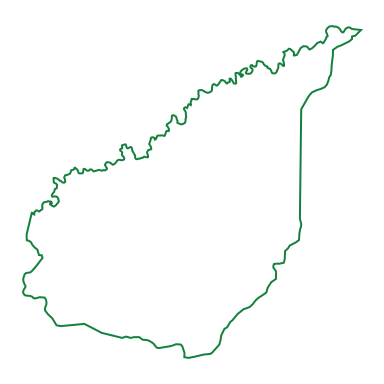 Markounda, Ouham, Central African Republic
{"feature_id": "33826404B52601033142025", "entity_name": "Markounda", "entity_type": "district", "adm_level": 2, "iso_a3": "CAF", "parent_name": "Central African Republic", "parent_adm1": "Ouham", "projection": "natural_earth1", "projection_center": [17.237, 7.587], "detail": "fine", "context": "isolated", "style": "outline", "palette": "green", "viewbox_px": 384, "rotation_deg": 0, "n_neighbors": 0, "source": "geoboundaries", "source_scale": "gbopen_adm2", "svg_char_len": 5815}
<svg xmlns="http://www.w3.org/2000/svg" viewBox="0 0 384 384"><path d="M26.8,240.3L29.0,240.8L31.2,242.4L31.6,243.7L33.0,245.6L34.9,247.7L37.3,249.5L39.0,255.1L41.8,255.3L42.5,257.9L36.3,266.0L31.6,271.4L30.3,272.4L26.2,273.0L24.7,274.2L23.3,278.3L23.3,281.0L24.7,284.7L25.5,286.0L25.3,287.4L23.8,289.5L23.0,292.2L23.9,294.2L25.1,295.4L30.3,296.0L32.2,296.7L33.8,298.4L36.4,298.2L39.7,297.2L44.7,297.6L46.1,300.0L46.5,302.6L46.3,304.5L44.9,308.4L45.1,310.5L47.9,314.2L52.4,318.4L56.5,325.3L61.0,326.1L84.4,323.9L101.8,332.9L122.2,337.9L126.1,336.6L130.8,337.9L134.0,337.1L139.2,337.1L142.6,339.7L146.7,340.0L149.6,341.0L153.3,343.4L156.4,347.4L158.7,348.1L169.6,346.3L172.7,345.5L176.1,344.2L180.7,344.5L182.3,346.3L184.5,352.9L184.3,357.1L188.4,357.9L194.3,356.8L204.0,354.5L210.4,353.9L212.2,352.6L219.4,344.5L220.6,339.7L221.2,335.5L224.4,328.9L226.7,327.6L227.8,326.3L229.2,323.7L230.5,321.8L232.4,320.3L237.6,314.0L243.9,309.0L246.2,308.4L249.8,306.9L252.7,304.2L255.7,300.3L258.0,298.2L266.3,292.6L267.7,287.7L271.3,282.1L275.9,279.0L276.1,271.9L275.4,270.3L273.4,267.7L273.4,266.1L273.8,264.2L276.1,263.7L279.5,263.7L283.8,262.7L284.7,259.2L285.1,251.1L288.1,248.2L289.7,245.6L296.3,242.1L299.0,240.0L299.4,233.5L300.1,229.5L301.2,225.6L301.2,223.7L299.9,218.7L301.2,109.3L307.9,97.5L310.0,94.5L312.1,92.3L317.4,89.9L320.3,89.1L324.5,87.3L326.9,84.6L328.4,80.7L329.2,77.3L330.7,75.1L331.4,70.8L331.7,64.9L332.9,55.3L333.0,49.9L337.5,46.7L340.8,45.5L348.9,41.6L352.0,39.1L352.1,36.4L355.3,35.7L361.0,30.0L352.1,29.0L349.5,27.4L348.1,27.4L345.8,28.5L343.6,32.0L343.2,32.3L342.3,32.4L340.9,31.0L340.0,29.2L337.7,27.2L335.6,26.5L334.4,26.8L332.8,26.1L329.5,26.4L327.3,28.2L326.1,30.3L326.1,31.8L327.3,34.8L327.6,36.2L327.0,36.5L326.3,37.3L326.3,38.2L325.8,39.1L323.3,43.1L322.9,43.3L320.7,41.6L317.3,43.0L314.4,46.2L311.9,48.4L309.5,49.5L306.9,46.5L303.4,46.2L300.5,48.2L297.0,54.8L294.2,55.6L293.8,55.3L294.1,53.4L293.9,52.3L290.4,49.1L288.9,48.7L287.1,50.5L286.2,51.1L283.6,51.8L283.3,52.1L284.4,53.2L284.6,53.9L284.6,55.8L283.9,57.1L283.0,60.1L283.9,63.0L284.1,65.7L283.7,66.0L283.1,65.9L281.5,64.2L280.5,63.6L279.3,63.4L278.7,63.6L278.3,65.4L278.4,67.3L277.8,69.2L277.1,70.4L276.8,71.6L275.4,73.3L273.0,73.4L271.9,72.8L271.2,70.6L269.9,68.7L268.1,68.3L267.4,67.7L267.6,67.1L267.3,66.5L265.2,65.7L263.7,64.2L263.0,62.6L261.8,61.8L257.7,60.9L257.1,61.5L256.8,62.5L256.5,64.8L256.1,66.2L255.5,66.6L254.4,66.6L252.5,65.8L252.0,65.1L250.9,65.3L250.3,67.0L250.5,67.5L252.4,68.9L252.6,69.8L252.3,71.2L251.6,72.5L250.4,73.6L248.7,73.8L246.9,73.7L246.2,73.5L245.9,72.8L246.0,72.2L247.2,70.0L247.3,69.3L247.0,68.6L246.3,68.2L244.1,68.7L241.9,70.1L240.7,71.5L240.3,72.2L240.3,73.6L240.5,74.0L242.9,74.7L243.1,75.1L242.2,76.4L241.2,76.8L240.7,75.7L238.6,73.5L237.6,72.9L236.0,73.0L235.5,73.3L235.5,75.1L235.9,76.5L235.8,78.1L236.2,82.7L236.0,83.4L235.5,83.7L233.8,83.4L232.5,80.9L230.8,78.8L230.2,78.5L229.6,78.7L229.8,81.8L227.7,82.7L227.0,83.5L226.0,82.8L225.1,81.5L223.5,80.4L221.4,80.0L220.9,80.3L220.4,81.6L219.7,82.2L218.8,83.9L217.2,85.5L216.6,85.6L214.4,84.2L213.5,84.2L212.6,84.9L212.2,86.3L211.8,90.7L211.4,91.3L209.2,92.5L207.8,92.8L205.1,92.0L204.1,91.1L201.6,90.0L199.0,90.3L198.3,91.1L198.5,92.5L198.4,94.3L198.8,95.5L198.4,97.9L197.7,99.0L196.7,99.5L193.6,99.0L191.6,99.0L191.6,100.0L190.7,102.1L190.6,103.0L191.0,104.5L190.8,105.1L189.6,104.3L188.5,104.3L187.1,108.0L185.8,107.3L185.1,107.4L184.4,107.9L183.9,108.7L184.1,109.4L185.4,111.4L185.9,112.7L185.8,114.1L186.2,117.5L185.6,118.4L185.5,121.3L184.8,123.0L182.0,124.4L180.7,124.2L177.4,122.8L177.5,120.7L176.8,119.5L176.4,117.6L175.8,116.4L173.6,115.2L172.5,115.4L171.9,115.8L171.8,118.4L171.3,120.8L170.6,121.8L166.9,124.4L166.7,125.0L166.7,125.6L168.1,127.3L168.8,128.8L169.0,130.4L168.7,131.1L167.1,130.9L166.5,131.2L166.0,132.0L165.1,134.8L164.5,135.9L162.3,135.4L157.9,135.6L157.1,136.0L156.3,138.5L155.8,139.2L154.9,139.6L154.5,137.9L152.5,137.2L151.2,137.6L150.8,138.2L150.8,139.3L149.2,144.0L150.8,146.5L151.3,148.9L150.7,149.5L148.5,149.9L147.7,151.0L147.1,152.3L147.2,153.2L148.1,155.9L148.0,157.1L147.7,157.3L146.3,157.2L144.2,156.6L142.5,157.9L141.4,157.9L139.7,158.7L138.7,158.6L137.6,159.1L136.2,159.1L135.2,158.1L135.0,155.1L134.4,154.6L133.1,151.9L132.4,151.0L131.9,148.0L131.6,147.5L130.5,147.0L129.7,147.3L128.8,148.0L127.8,148.3L127.0,148.0L126.5,147.3L126.1,145.2L125.3,144.3L122.1,145.3L121.9,145.6L122.3,148.1L122.0,148.6L120.6,148.8L120.1,149.6L120.3,150.7L121.8,151.8L122.2,152.6L121.9,154.8L122.1,155.3L123.5,156.6L124.3,158.5L124.1,159.4L123.6,159.8L121.2,160.3L119.8,159.8L118.8,159.8L117.3,160.5L115.3,163.3L113.4,164.6L112.6,164.7L110.1,162.6L107.2,162.1L106.5,162.4L105.1,164.4L105.0,165.1L106.9,168.3L106.9,169.0L105.1,170.4L103.5,170.1L102.4,170.7L101.5,170.7L100.6,170.2L98.7,170.0L93.7,171.4L91.3,169.4L90.0,169.5L88.7,170.7L87.7,170.8L87.0,170.6L85.3,169.2L84.2,168.8L83.6,169.0L83.0,172.6L82.6,173.1L81.7,173.4L79.3,173.4L78.8,173.2L77.4,169.7L75.0,167.7L74.4,168.1L74.0,169.2L73.1,169.8L71.2,170.3L70.3,173.2L69.8,173.8L67.0,175.0L66.1,174.9L65.0,175.5L64.2,177.5L65.1,180.1L65.2,181.7L64.6,182.5L63.4,182.7L62.3,182.3L60.8,180.8L59.7,180.8L58.9,179.8L57.4,178.7L54.3,177.8L53.7,178.0L53.5,178.5L53.8,182.2L54.2,182.8L55.9,183.5L57.2,185.1L56.7,188.2L54.9,189.1L54.1,192.0L53.5,192.5L51.9,194.8L51.8,195.4L52.1,196.5L52.7,196.8L54.4,196.3L57.0,196.8L58.0,198.1L58.9,201.2L58.0,202.8L56.7,204.1L56.0,205.2L54.0,206.5L53.2,206.4L50.1,204.4L50.0,203.9L50.3,203.3L51.6,203.3L51.9,203.1L51.1,201.6L50.5,201.5L49.8,201.7L48.1,201.1L47.4,201.6L44.7,202.1L43.8,202.5L42.3,204.4L42.2,207.3L42.5,207.7L42.2,209.4L40.9,210.0L39.4,211.4L39.0,211.5L37.0,210.4L36.1,210.5L34.7,211.8L34.4,212.4L34.3,214.5L33.5,214.2L33.4,213.7L32.4,212.9L31.8,212.8L26.6,234.5L26.8,240.3Z" fill="none" stroke="#15803d" stroke-width="2"/></svg>